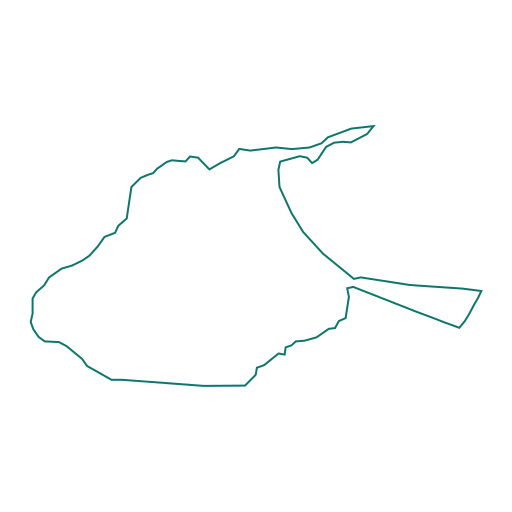 Terra de Areia, Rio Grande do Sul, Brazil (Mercator projection)
{"feature_id": "56859067B77707117894632", "entity_name": "Terra de Areia", "entity_type": "district", "adm_level": 2, "iso_a3": "BRA", "parent_name": "Brazil", "parent_adm1": "Rio Grande do Sul", "projection": "mercator", "projection_center": [-50.048, -29.591], "detail": "fine", "context": "isolated", "style": "outline", "palette": "teal", "viewbox_px": 512, "rotation_deg": 0, "n_neighbors": 0, "source": "geoboundaries", "source_scale": "gbopen_adm2", "svg_char_len": 1272}
<svg xmlns="http://www.w3.org/2000/svg" viewBox="0 0 512 512"><path d="M360.7,277.4L353.9,278.9L322.8,253.5L303.1,231.9L291.6,213.3L279.5,187.0L278.4,169.8L280.2,161.6L299.8,156.2L307.2,157.7L312.1,163.1L317.7,159.6L326.2,146.8L334.1,142.7L342.9,141.8L350.9,142.4L367.1,134.0L373.5,126.1L351.2,128.6L327.9,137.3L321.5,143.3L309.5,147.5L291.9,149.1L276.1,147.5L250.2,150.6L239.2,148.9L234.0,156.2L219.9,163.3L209.4,169.4L198.1,157.7L190.0,156.5L185.6,161.4L179.7,161.0L171.8,160.3L166.7,162.0L157.1,168.7L153.2,173.1L147.9,174.8L140.6,177.9L131.4,187.0L126.7,218.5L118.3,225.8L115.1,232.8L104.5,236.9L97.8,246.4L89.5,255.6L82.8,260.3L71.9,265.6L61.6,268.6L49.0,277.5L44.2,285.3L36.1,292.4L32.6,298.5L32.6,313.6L30.7,322.0L33.4,329.4L38.6,336.9L44.8,341.4L59.0,342.1L66.5,346.1L75.5,353.5L82.1,358.9L87.1,366.0L111.5,379.8L122.0,379.8L203.8,385.9L245.0,385.6L255.7,374.8L256.9,367.7L264.0,365.2L278.6,353.5L284.6,354.6L285.7,347.3L291.6,345.3L295.8,341.4L304.6,340.7L316.6,337.3L328.8,328.8L335.0,328.1L338.8,321.1L345.6,318.1L348.9,296.8L347.2,288.3L353.2,286.9L415.8,311.5L436.6,319.3L444.5,322.4L459.3,327.8L464.8,321.1L469.0,314.3L474.2,304.5L478.1,297.8L481.3,291.0L462.5,288.6L418.1,285.6L409.1,284.9L360.7,277.4Z" fill="none" stroke="#0f766e" stroke-width="2"/></svg>